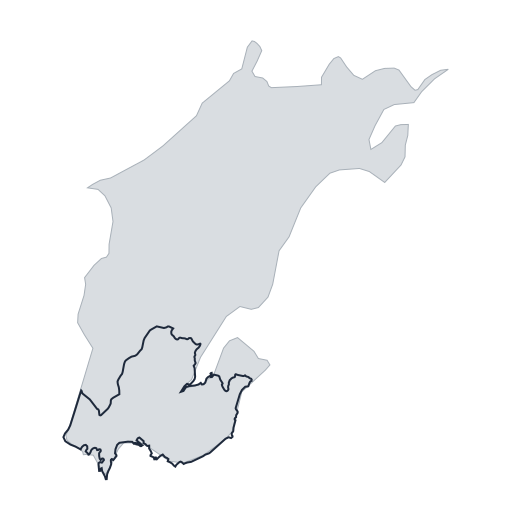 Guanacaste on a map of Costa Rica (Albers equal-area conic projection), rotated 267°
{"feature_id": "CRI-1334", "entity_name": "Guanacaste", "entity_type": "Province", "adm_level": 1, "iso_a3": "CRI", "parent_name": "Costa Rica", "parent_adm1": "", "projection": "albers", "projection_center": [-85.354, 10.467], "detail": "fine", "context": "in_parent", "style": "outline", "palette": "slate", "viewbox_px": 512, "rotation_deg": 267, "n_neighbors": 0, "source": "natural_earth", "source_scale": "10m", "svg_char_len": 6789}
<svg xmlns="http://www.w3.org/2000/svg" viewBox="0 0 512 512"><g transform="rotate(267 256 256)"><path d="M471.0,263.3L470.3,265.7L468.1,268.2L465.0,270.8L460.8,272.5L450.7,267.4L440.8,261.6L435.3,264.4L433.4,272.0L429.7,276.0L425.1,277.6L423.3,280.1L423.1,306.0L423.6,330.3L431.1,330.8L443.7,339.2L449.1,344.1L450.8,348.7L449.3,350.9L440.2,356.3L431.3,363.1L426.9,371.5L434.8,385.0L436.6,394.2L436.4,403.8L434.2,408.5L417.0,419.6L413.2,423.5L413.7,426.3L423.4,433.9L427.9,441.2L431.8,450.1L432.4,457.8L423.6,443.6L411.4,430.0L400.9,421.7L400.0,402.0L395.7,391.4L379.9,381.7L366.4,374.9L356.4,376.3L362.6,387.6L378.5,402.0L379.6,407.5L379.4,415.0L368.5,413.9L358.9,410.9L347.2,410.0L339.3,405.6L322.7,388.4L334.4,373.6L338.0,363.9L337.6,343.8L334.8,334.1L322.0,319.3L301.7,303.2L273.4,290.0L260.0,279.3L226.9,271.2L214.3,265.8L204.4,255.7L203.0,248.5L206.4,237.3L197.2,223.2L157.8,195.3L135.8,185.1L131.1,179.0L127.6,177.2L131.0,196.4L140.6,208.0L165.7,218.8L172.7,225.1L175.5,233.3L160.9,249.0L153.5,253.0L151.3,261.6L146.5,264.2L141.5,259.3L121.1,234.7L81.6,222.8L74.5,215.6L59.8,193.1L53.1,172.5L55.6,158.9L71.8,137.6L76.8,128.3L75.8,122.6L76.3,114.1L70.3,108.3L55.4,100.6L45.9,94.4L48.5,91.4L65.6,83.1L66.7,75.7L66.6,73.2L69.4,72.7L71.9,70.7L73.4,68.7L78.1,61.5L82.2,57.5L86.9,56.8L92.7,59.8L114.2,67.5L138.2,76.1L172.4,88.3L186.5,80.4L198.7,74.4L207.2,75.3L225.6,82.2L236.6,84.4L243.4,83.7L255.2,93.8L261.6,101.5L262.7,106.6L266.3,109.3L275.4,109.9L297.9,115.0L311.6,113.9L324.0,108.3L330.8,101.7L332.9,91.3L336.0,96.5L339.8,104.5L341.5,114.8L357.8,149.4L370.8,168.8L399.2,203.9L411.5,210.3L432.3,238.6L439.5,243.2L443.6,251.6L465.0,258.3L471.0,263.3Z" fill="#d9dde1" stroke="#a8b0b8" stroke-width="1"/><path d="M85.2,54.2L88.8,56.0L92.4,59.3L96.5,61.6L109.3,66.4L126.4,72.7L130.9,74.4L130.6,74.7L129.7,74.9L128.9,75.2L128.4,75.2L128.1,75.3L127.6,75.7L121.5,82.5L111.6,89.3L111.4,89.9L111.0,90.5L109.8,91.0L105.5,91.3L105.1,91.9L105.0,92.2L105.0,92.5L105.3,93.1L105.5,93.3L111.2,100.0L112.6,101.1L115.7,102.9L116.5,103.2L119.4,103.5L119.7,103.6L120.0,103.8L120.3,103.9L120.8,104.4L122.0,106.1L125.1,112.3L128.9,112.4L132.2,112.1L134.9,111.4L136.5,111.2L137.3,111.2L138.1,111.2L138.9,111.6L139.9,112.1L143.6,114.6L144.6,115.5L145.3,116.1L147.3,116.8L154.1,118.4L155.5,118.8L157.2,119.5L158.0,120.0L158.8,120.9L160.6,123.7L162.0,126.4L162.6,129.8L163.0,130.7L163.7,131.8L164.1,132.3L167.5,135.3L168.9,136.9L170.6,137.6L177.6,139.4L179.9,140.5L187.2,146.1L188.1,147.6L190.9,153.2L188.9,160.3L189.4,162.7L189.8,163.5L190.0,163.8L190.3,164.4L190.1,165.6L188.0,169.5L186.1,167.9L185.5,167.7L184.8,167.4L184.1,167.4L183.2,167.4L182.6,167.5L182.2,167.7L181.5,168.2L180.4,169.4L179.9,169.8L178.7,170.4L178.0,170.9L177.4,171.5L177.1,172.0L176.9,172.4L176.8,172.8L176.8,173.2L176.8,173.5L177.0,173.8L177.2,174.1L178.1,174.9L178.3,175.2L178.4,175.5L178.4,175.9L178.4,176.2L177.8,177.9L177.5,180.4L177.4,180.8L176.6,182.4L176.5,182.9L176.5,183.2L176.6,183.5L176.7,183.8L176.9,184.1L177.3,184.5L177.5,184.9L177.5,185.4L177.5,186.3L177.3,186.8L177.0,187.1L174.6,188.2L174.0,188.5L171.7,190.6L171.1,191.3L170.8,191.9L170.7,192.7L170.7,193.1L170.8,193.8L171.3,195.2L171.4,195.7L171.2,195.9L170.9,195.9L170.5,195.8L170.2,195.7L169.0,195.1L168.0,194.3L167.5,193.9L166.0,191.9L165.0,191.1L164.8,190.9L163.6,190.3L163.0,190.0L162.6,189.9L162.2,189.9L161.7,190.0L161.1,190.2L160.8,190.2L160.5,190.2L160.2,190.2L159.9,190.0L159.6,189.9L159.2,189.5L158.9,189.3L158.5,189.2L158.2,189.2L157.5,189.4L156.7,189.5L156.3,189.5L155.9,189.4L154.8,189.4L152.3,190.1L151.7,189.8L151.2,189.5L149.6,188.0L147.3,188.8L138.7,188.9L136.4,188.3L134.4,186.9L131.2,183.5L131.2,182.7L131.9,180.4L129.7,177.7L124.3,173.9L125.0,176.5L128.7,179.2L129.6,182.3L129.9,188.3L130.7,191.8L132.2,194.2L130.5,195.3L130.7,197.0L132.2,198.7L136.1,200.1L137.5,201.6L139.2,204.8L140.0,204.8L141.0,204.4L141.4,204.8L141.6,205.6L140.5,205.7L139.4,205.6L138.3,205.2L137.4,204.8L137.4,205.6L139.7,207.8L138.5,211.9L137.7,213.0L134.9,213.7L134.3,213.9L131.0,215.8L130.4,216.0L130.2,215.9L129.9,215.7L129.7,215.4L129.5,215.2L128.6,215.3L127.3,215.7L124.2,217.3L123.0,218.3L122.5,219.3L122.7,220.1L123.1,220.7L123.6,221.1L124.1,221.4L124.7,221.5L125.9,221.3L126.3,221.3L126.7,221.3L127.8,221.5L128.1,221.6L128.7,222.0L129.0,222.1L129.3,222.2L130.5,222.2L131.3,222.3L132.1,222.8L133.1,223.1L133.4,223.3L133.6,223.5L134.2,224.3L134.9,224.9L135.2,225.4L135.4,225.8L135.5,226.0L135.8,226.6L135.9,227.4L136.1,228.1L136.2,228.4L136.5,228.6L136.8,228.7L138.7,229.1L138.9,229.4L139.0,229.7L138.6,230.5L138.1,231.8L136.8,236.8L136.8,237.6L137.0,238.1L137.3,238.5L137.4,238.8L137.3,239.0L136.5,239.6L136.3,240.0L136.0,240.6L135.7,241.7L135.4,242.2L135.1,242.6L134.7,242.8L134.4,243.1L133.6,244.8L133.2,245.0L132.2,245.4L131.9,245.7L131.9,245.8L131.2,244.1L130.7,243.5L129.5,242.8L126.3,241.5L126.1,240.5L126.1,239.3L126.0,238.4L123.0,235.0L118.8,232.6L105.1,227.7L103.9,228.0L102.1,229.3L101.2,229.6L100.0,229.3L98.3,228.0L96.9,227.7L96.1,227.7L95.8,227.5L95.6,227.1L95.2,226.5L94.3,226.1L93.5,226.3L93.1,226.7L93.0,226.9L85.8,224.6L82.3,224.1L81.5,223.6L80.9,222.9L79.9,222.4L78.4,222.5L77.5,223.1L76.7,223.1L75.5,221.6L76.4,219.2L75.1,216.0L62.1,199.9L61.3,198.5L60.3,195.0L58.8,192.6L53.8,180.4L53.4,176.8L52.8,174.5L52.1,172.9L53.9,171.2L54.6,170.0L54.3,168.9L51.6,165.5L49.9,164.4L50.9,163.1L53.1,161.4L54.6,159.2L55.6,157.1L57.8,157.9L58.9,156.6L59.9,154.6L62.6,152.5L61.5,150.2L59.6,147.8L58.3,146.4L59.1,145.9L59.4,145.7L60.0,145.5L60.0,144.7L58.3,144.7L58.3,143.8L59.7,143.5L60.7,142.6L61.8,140.2L62.6,140.2L64.4,141.6L66.9,140.6L69.4,139.2L71.4,139.4L72.2,139.4L72.0,137.7L72.4,136.9L73.1,136.4L73.8,135.9L75.0,133.9L75.4,134.0L77.0,134.1L80.8,130.1L80.5,129.0L79.9,128.2L78.2,127.1L73.0,132.4L72.9,131.9L72.9,131.5L72.8,131.3L72.2,131.4L72.2,130.6L73.6,129.0L74.5,128.3L75.6,128.0L74.8,127.1L74.6,127.2L74.5,127.4L74.2,127.7L73.8,128.0L74.1,126.9L74.2,126.5L75.6,126.1L75.6,125.3L74.8,125.3L74.8,124.3L76.9,122.7L77.3,118.3L76.6,109.8L74.7,107.5L70.5,105.6L66.3,104.9L64.4,106.2L63.6,106.2L60.2,103.3L59.1,102.2L59.7,102.4L60.5,102.1L60.8,101.4L60.1,100.5L59.2,100.3L56.7,100.5L55.7,100.5L52.0,99.0L49.0,97.3L45.8,95.9L41.0,95.2L41.0,94.3L43.9,93.6L49.2,91.1L52.2,90.8L51.8,90.0L51.4,89.5L50.8,89.2L49.6,89.0L49.6,88.1L55.9,87.8L57.5,88.1L58.2,89.1L58.0,90.3L57.7,91.2L57.9,91.7L58.5,91.9L60.1,93.4L60.9,93.4L61.8,92.5L61.8,91.7L60.4,90.2L61.8,89.3L64.5,88.9L67.0,89.0L67.9,89.4L69.0,90.6L70.0,90.8L70.9,90.5L71.2,89.7L71.1,88.9L70.5,88.2L70.5,87.2L72.4,86.5L72.9,85.1L72.5,83.4L71.4,81.9L70.5,81.2L68.4,80.3L67.5,79.7L66.4,78.6L66.4,78.3L67.0,78.1L67.9,77.5L69.8,75.7L71.0,76.3L72.3,77.5L74.8,77.5L76.3,76.1L76.0,74.2L74.6,72.4L73.1,71.3L72.0,70.8L75.1,65.8L77.4,60.8L81.0,55.9L85.2,54.2Z" fill="none" stroke="#1e293b" stroke-width="2"/></g></svg>